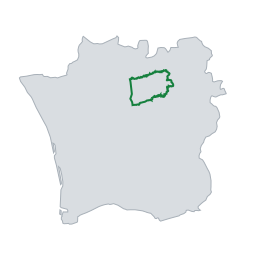 Worodougou, Worodougou, Ivory Coast (highlighted), rotated 83°
{"feature_id": "98640826B81277132888560", "entity_name": "Worodougou", "entity_type": "district", "adm_level": 2, "iso_a3": "CIV", "parent_name": "Ivory Coast", "parent_adm1": "Worodougou", "projection": "mercator", "projection_center": [-6.759, 8.427], "detail": "fine", "context": "in_parent", "style": "outline", "palette": "green", "viewbox_px": 256, "rotation_deg": 83, "n_neighbors": 0, "source": "geoboundaries", "source_scale": "gbopen_adm2", "svg_char_len": 7973}
<svg xmlns="http://www.w3.org/2000/svg" viewBox="0 0 256 256"><g transform="rotate(83 128 128)"><path d="M51.0,44.4L51.9,44.4L54.4,43.7L56.6,42.0L58.6,38.6L61.4,35.9L64.5,36.1L65.5,35.6L66.6,35.5L67.9,37.3L69.2,38.7L70.1,38.7L70.8,41.3L76.6,42.4L79.0,43.1L81.1,45.0L81.8,45.0L82.6,44.6L83.3,44.0L83.5,43.2L82.6,41.5L83.0,40.0L83.9,38.6L85.4,38.5L87.6,38.2L90.1,38.1L92.0,38.4L92.8,37.0L92.1,33.2L92.2,31.0L92.5,29.3L93.2,28.5L96.1,30.8L98.7,31.6L100.5,31.7L101.0,31.2L100.2,28.8L100.5,28.0L101.1,27.6L102.4,27.4L105.7,26.3L106.0,26.5L106.6,30.4L106.3,31.7L107.0,34.3L107.9,36.8L107.8,37.7L107.1,39.3L106.3,40.6L106.4,41.2L107.7,42.2L110.2,43.1L112.8,43.4L114.3,41.9L115.8,40.8L116.8,39.7L117.2,38.2L118.9,37.1L123.6,35.7L127.9,35.5L129.0,35.9L131.0,38.1L133.5,39.5L137.2,39.3L140.0,40.2L142.4,41.9L144.0,45.5L145.7,48.1L146.5,51.9L149.2,53.8L151.4,54.7L154.3,57.4L157.4,58.8L160.5,58.5L162.0,59.9L164.3,60.9L166.6,61.0L168.7,57.9L171.4,56.6L178.3,54.1L181.0,53.0L183.8,52.3L190.4,52.0L196.5,52.8L199.6,53.4L201.7,53.0L203.7,54.5L205.7,57.6L207.4,58.6L209.1,59.6L210.4,62.1L211.9,64.5L212.7,65.6L214.5,68.0L216.1,68.1L217.7,67.0L218.4,66.2L218.7,67.8L218.1,70.4L218.2,72.0L219.1,72.6L218.6,74.7L216.8,78.2L216.8,80.2L218.6,80.9L219.8,83.1L220.6,86.8L221.4,88.0L221.5,88.8L222.8,97.9L224.4,107.0L223.3,108.1L221.9,108.5L221.0,108.9L220.8,109.8L221.4,111.0L221.0,112.1L219.2,112.9L215.4,115.8L215.1,116.9L214.1,119.4L213.3,120.9L212.0,123.7L210.0,131.0L209.3,137.1L209.2,139.0L208.4,140.3L207.6,142.2L203.4,147.4L201.3,151.6L201.6,153.5L201.7,155.4L201.0,156.7L201.2,160.3L201.7,163.3L202.4,166.3L205.4,174.6L207.0,179.7L208.0,183.8L208.8,186.5L209.6,187.6L209.9,188.7L214.4,189.4L215.3,190.0L216.5,195.4L216.3,197.8L215.4,198.7L215.4,200.7L215.2,203.2L214.6,204.2L212.1,204.4L210.4,205.3L208.1,204.9L207.9,204.3L206.7,204.1L203.4,202.6L204.0,198.0L202.4,197.8L201.2,198.4L198.9,204.0L197.8,204.9L181.2,202.1L177.6,199.8L173.3,199.2L165.9,199.5L159.7,200.2L157.9,201.6L173.5,200.8L175.2,200.9L176.0,201.8L156.2,203.6L148.7,204.7L146.5,204.4L144.8,202.6L136.6,202.4L134.9,203.0L133.9,204.3L137.1,204.0L142.2,203.9L143.6,204.9L127.7,206.2L116.7,208.7L112.0,210.6L96.6,216.6L87.2,219.5L84.8,220.6L80.5,223.5L75.0,225.4L68.8,228.9L65.1,229.7L64.2,228.5L64.2,222.6L63.6,214.7L63.8,211.7L64.3,208.9L64.3,206.5L66.2,205.6L66.7,204.6L67.0,201.6L68.7,198.8L68.8,193.9L69.3,192.9L69.7,191.6L68.9,188.4L68.0,182.4L67.5,182.0L67.1,182.2L66.1,182.3L62.2,180.3L59.2,179.9L57.1,178.1L57.0,176.1L56.0,174.9L55.3,172.6L54.2,169.9L51.3,168.2L48.5,167.8L46.6,168.2L44.3,168.1L41.6,167.2L39.8,166.2L38.1,164.2L36.5,162.6L35.2,162.8L33.6,162.4L32.1,161.7L31.6,161.2L38.0,154.9L40.2,151.8L40.4,150.0L40.4,148.1L41.1,146.1L41.3,143.2L37.8,132.4L36.9,129.1L35.9,128.1L35.3,127.7L37.1,126.3L39.6,126.7L43.4,127.8L44.2,126.7L47.1,121.3L47.0,119.2L46.7,117.8L48.4,114.1L49.7,112.7L50.4,111.1L50.2,109.0L49.2,108.2L47.8,108.4L46.3,107.8L43.8,106.6L42.6,105.5L43.0,100.6L43.2,99.1L44.1,98.2L45.4,98.0L49.2,97.8L52.2,98.4L54.9,98.7L56.3,98.7L57.4,100.1L59.0,101.6L60.3,101.6L60.8,100.5L60.5,95.7L59.6,93.1L57.5,90.6L52.3,88.5L52.1,85.5L52.7,82.3L53.8,81.1L57.7,79.1L57.0,78.0L55.8,76.8L53.3,75.6L53.9,71.8L54.0,68.3L51.9,68.7L49.7,68.9L47.9,67.9L46.4,65.8L46.1,60.0L46.1,53.4L45.8,50.5L46.4,48.9L48.2,47.5L50.3,45.6L51.0,44.4ZM206.0,205.0L205.1,206.3L201.0,205.5L202.0,204.4L206.0,205.0Z" fill="#d9dde1" stroke="#a8b0b8" stroke-width="1"/><path d="M80.1,114.0L79.9,114.5L79.9,114.9L79.9,115.0L80.1,115.4L80.0,116.0L79.8,116.2L79.6,116.3L79.2,116.6L79.2,117.0L79.0,117.3L78.6,117.5L78.5,117.8L78.6,118.2L78.9,118.2L79.0,118.2L79.4,118.2L79.7,118.2L79.9,118.4L79.9,118.6L79.9,119.0L79.9,119.6L79.7,119.8L79.8,120.2L80.8,120.1L82.4,119.9L94.4,120.0L95.0,120.1L99.3,122.1L102.3,120.9L103.3,120.7L105.7,120.7L105.6,120.4L105.8,120.1L105.7,119.6L105.8,119.4L105.9,119.2L105.8,118.7L105.8,118.4L105.9,118.1L105.9,117.5L106.1,117.0L105.8,116.3L105.8,115.7L105.8,115.3L106.2,114.8L106.3,114.4L106.1,114.3L105.4,113.5L105.2,113.5L104.9,113.5L104.7,113.2L104.5,112.8L104.5,112.6L104.4,112.3L104.5,111.7L104.2,110.0L104.2,109.4L104.0,108.2L103.9,107.6L103.4,106.5L103.1,106.2L103.0,105.6L103.1,105.2L102.9,104.6L103.1,104.3L103.0,103.7L103.0,103.2L102.9,102.7L103.1,102.2L102.8,102.2L102.7,102.1L102.8,102.0L103.0,101.9L103.2,101.6L102.8,101.7L102.5,101.5L102.5,101.4L102.8,101.2L102.4,100.4L101.7,100.2L101.3,100.2L101.0,100.3L100.9,99.9L100.8,99.7L100.4,99.2L100.4,98.8L100.5,98.5L100.5,98.4L100.3,98.2L99.6,98.1L99.4,97.7L99.5,97.6L99.6,97.4L99.8,97.2L100.0,97.3L100.1,97.6L100.3,97.3L100.5,97.2L100.6,96.8L100.4,96.4L100.4,95.9L100.2,95.4L99.9,95.6L99.7,95.4L99.7,95.2L99.9,95.2L100.2,95.0L100.2,94.9L99.9,94.7L100.3,94.4L100.0,94.0L100.0,93.7L99.8,93.5L99.5,94.0L99.2,94.1L99.1,93.7L99.3,93.6L99.5,93.5L99.6,93.4L100.0,93.3L100.0,93.2L100.0,92.9L99.7,92.6L99.7,92.3L99.6,92.2L99.4,92.1L99.3,92.4L99.2,92.4L99.2,92.1L99.0,91.9L99.5,92.0L99.7,91.8L99.9,91.8L100.0,91.7L99.9,91.6L99.4,91.4L99.4,91.1L99.5,91.0L99.6,90.7L99.8,90.8L100.0,91.1L100.1,90.8L100.0,90.6L100.3,90.9L100.6,90.8L100.8,90.9L100.8,90.7L100.5,90.7L100.8,90.5L100.9,90.1L100.8,89.8L100.9,89.6L101.4,89.3L101.4,89.2L101.0,89.0L101.0,88.9L101.1,88.7L101.3,88.6L101.3,88.3L100.8,88.0L100.8,87.8L100.6,87.6L100.4,87.5L100.2,87.6L100.1,88.0L99.8,88.2L99.6,88.0L99.4,87.9L99.3,87.7L99.2,87.4L98.9,87.5L98.9,87.3L99.0,87.2L99.3,87.4L99.5,86.9L99.3,86.8L99.1,86.7L98.9,86.2L98.7,86.4L98.6,86.1L98.1,85.6L97.5,85.5L97.5,85.2L97.3,85.1L96.9,85.2L96.7,85.0L96.6,84.8L96.4,84.6L96.6,84.4L96.5,84.2L96.4,83.9L96.3,83.7L96.1,83.6L95.7,83.7L95.7,84.0L95.6,83.7L94.9,83.9L94.8,84.0L94.7,84.2L94.4,84.2L94.2,84.2L94.1,83.8L93.7,83.7L93.5,83.9L93.4,83.9L93.0,83.7L92.8,83.9L92.9,84.0L92.6,84.0L92.5,84.3L92.2,84.3L92.0,83.8L91.8,83.8L91.8,83.4L91.8,83.1L91.5,82.8L91.5,82.6L91.9,82.4L92.0,82.5L92.0,82.4L91.9,82.2L91.6,82.2L91.8,82.0L91.6,81.8L91.5,81.6L91.6,81.2L91.8,80.6L91.9,80.2L91.7,80.2L91.8,79.7L91.8,79.1L91.9,78.5L91.6,78.3L91.6,78.2L91.4,78.2L91.1,77.9L90.8,77.9L90.0,77.9L89.6,78.2L89.1,78.3L88.6,78.6L88.5,78.8L88.1,78.9L87.9,79.2L87.6,79.4L87.1,79.2L86.7,79.2L86.4,79.2L85.8,79.5L85.6,79.9L85.5,80.5L85.5,80.8L85.4,80.8L85.3,81.1L85.4,81.3L85.3,81.5L85.2,82.1L85.4,82.6L85.4,83.3L85.4,83.5L85.2,83.6L84.9,83.4L84.7,83.1L84.1,82.5L83.5,82.8L83.3,82.8L83.1,82.6L82.8,82.5L82.2,82.6L81.7,82.7L81.1,82.3L80.9,82.0L80.8,81.9L80.6,81.4L80.1,80.7L79.1,80.2L78.9,80.2L78.5,80.5L78.3,80.8L78.1,81.0L77.7,81.7L77.3,81.8L76.9,81.9L76.9,82.5L76.8,83.0L76.7,83.1L76.4,83.2L76.0,83.1L75.7,83.1L75.4,83.0L75.2,83.2L75.1,83.5L75.1,83.8L75.2,84.0L75.5,84.1L75.6,84.3L75.4,85.0L75.6,85.3L75.6,85.6L75.4,85.4L75.2,85.6L75.3,85.7L75.7,85.9L75.7,86.2L75.6,86.3L75.7,86.6L76.1,86.6L76.2,86.8L76.1,87.0L75.7,87.2L75.7,87.3L75.8,87.3L76.0,87.4L76.0,87.8L76.3,87.9L76.0,88.2L75.9,88.4L76.1,88.6L76.4,88.6L76.5,88.7L76.3,88.9L76.2,89.0L75.9,89.2L75.9,89.6L76.2,90.0L75.9,90.2L75.8,90.3L75.9,90.6L75.9,90.8L76.0,90.8L76.0,91.0L75.8,91.6L75.6,91.7L75.7,92.3L75.5,92.7L75.7,92.8L75.7,93.0L75.6,93.3L75.6,93.5L75.4,93.7L75.5,93.9L75.5,93.7L75.8,93.7L75.8,93.9L75.9,94.0L75.9,94.6L75.5,94.6L75.8,94.9L75.9,94.7L76.1,94.7L76.1,95.0L75.9,95.2L75.8,95.3L75.9,95.5L76.0,95.7L76.3,95.9L76.6,96.3L76.4,96.5L76.7,96.7L76.7,96.8L76.5,97.0L76.9,97.5L77.2,97.7L77.2,97.9L77.3,98.5L77.0,98.7L76.9,98.8L77.0,99.1L77.3,99.2L77.3,99.4L77.3,99.7L77.1,99.8L77.4,99.9L77.6,100.0L77.6,100.3L77.7,100.6L77.6,101.0L77.6,101.4L77.8,101.5L78.2,101.7L78.2,101.8L77.9,102.0L77.8,102.5L78.2,102.5L78.3,102.7L78.7,102.8L79.0,103.2L79.2,103.3L79.2,103.6L78.6,103.9L78.2,103.8L78.0,104.1L78.6,104.4L78.6,104.8L78.9,105.6L78.8,105.8L78.1,106.0L78.4,106.5L78.7,106.6L78.7,106.8L78.9,107.0L79.2,107.4L79.2,107.8L79.5,107.9L79.6,108.1L79.4,108.3L79.0,108.4L79.0,108.5L79.0,108.8L78.9,109.0L79.0,109.1L79.3,109.4L79.8,110.2L79.6,110.6L79.2,110.8L79.0,111.1L79.2,111.4L79.2,112.0L79.3,112.2L79.6,112.2L79.8,112.5L79.5,112.9L79.6,113.2L80.1,113.6L80.1,114.0Z" fill="none" stroke="#15803d" stroke-width="2"/></g></svg>